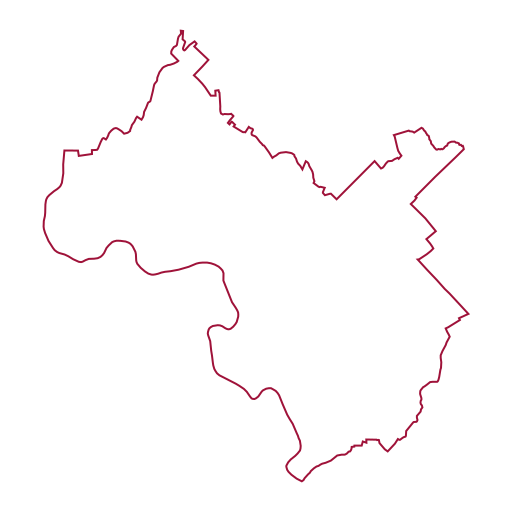 Go Dau, Tây Ninh, Vietnam
{"feature_id": "81297802B39580963826669", "entity_name": "Go Dau", "entity_type": "district", "adm_level": 2, "iso_a3": "VNM", "parent_name": "Vietnam", "parent_adm1": "Tây Ninh", "projection": "orthographic", "projection_center": [106.266, 11.16], "detail": "fine", "context": "isolated", "style": "outline", "palette": "rose", "viewbox_px": 512, "rotation_deg": 0, "n_neighbors": 0, "source": "geoboundaries", "source_scale": "gbopen_adm2", "svg_char_len": 6033}
<svg xmlns="http://www.w3.org/2000/svg" viewBox="0 0 512 512"><path d="M290.8,459.4L288.2,462.3L286.4,465.6L286.3,466.6L286.6,467.8L287.2,469.8L288.5,471.8L291.4,474.7L296.6,478.6L301.8,481.3L303.5,480.1L304.6,478.2L308.1,474.3L309.9,472.7L310.8,471.1L313.9,468.3L316.5,466.5L318.5,465.9L320.4,464.6L322.2,463.7L325.6,462.8L330.9,460.6L337.2,455.5L341.5,454.7L344.3,454.7L345.4,454.4L346.9,453.5L348.6,451.7L350.1,451.4L351.0,450.1L351.5,448.7L351.7,446.9L354.3,446.6L354.4,445.6L361.7,445.6L362.8,441.5L366.4,442.7L366.3,439.5L376.6,439.7L377.0,440.1L378.5,439.9L378.9,440.0L379.5,443.1L384.8,449.3L387.7,451.4L394.9,443.7L397.9,439.0L399.2,439.8L400.0,439.8L402.5,437.9L403.6,437.2L405.5,436.6L405.9,435.8L406.2,431.0L413.2,422.4L413.8,422.0L416.4,421.8L416.9,421.4L417.5,420.0L416.9,417.8L416.9,415.9L420.6,411.6L421.0,409.4L422.4,407.4L421.9,405.4L420.9,404.2L420.5,402.8L420.7,400.9L421.4,399.7L421.4,398.8L421.4,398.1L420.2,394.3L420.1,393.4L420.3,391.0L420.9,389.9L423.2,387.1L424.4,386.5L427.0,384.6L430.1,382.1L432.6,381.8L437.0,381.8L437.4,381.7L438.0,380.9L438.5,379.7L439.2,377.0L440.4,369.7L441.0,367.9L441.3,362.2L440.7,358.0L440.7,355.3L442.5,351.0L445.7,345.1L446.6,342.4L449.7,336.7L448.8,334.7L447.1,331.7L445.7,328.4L448.1,327.3L459.9,320.0L459.0,318.2L468.4,313.9L449.5,293.5L444.7,288.9L436.9,280.1L427.2,269.9L417.7,259.5L419.1,259.3L426.7,254.3L430.7,251.1L433.3,248.5L432.1,246.4L430.1,243.5L426.4,239.1L435.8,231.2L425.3,218.3L410.8,204.0L414.4,200.6L416.6,197.7L415.4,196.7L435.3,176.7L455.7,157.2L463.8,149.2L463.1,146.4L462.8,145.8L461.8,146.0L460.9,144.8L459.6,144.9L459.2,144.7L458.9,143.4L458.5,143.2L457.2,142.7L456.1,142.7L454.6,141.6L451.6,141.7L450.3,142.1L448.3,143.1L447.6,144.1L447.2,145.5L445.7,146.2L444.4,147.4L443.9,148.3L442.6,149.2L442.1,149.3L441.2,148.9L440.2,149.4L438.5,149.0L437.0,149.7L436.2,149.5L434.3,147.5L433.3,145.9L431.2,143.6L430.8,141.2L429.3,139.2L429.3,138.3L428.8,136.1L428.3,135.6L427.2,135.0L426.6,133.7L425.9,132.8L425.3,131.5L424.1,130.5L422.9,128.6L421.5,127.8L414.2,132.6L412.6,131.6L409.5,131.2L408.8,130.6L393.9,135.1L394.7,136.6L397.4,148.0L398.2,150.8L399.8,153.5L401.4,155.7L398.7,158.8L397.7,157.8L394.5,159.2L392.0,160.9L388.3,161.2L387.7,161.6L385.9,163.5L384.0,166.3L382.7,167.7L381.0,168.5L374.6,161.1L336.6,199.3L330.9,193.7L329.8,193.8L324.9,195.2L322.9,192.9L322.9,192.2L324.7,187.8L321.0,186.9L320.4,186.8L319.5,187.1L318.5,186.7L313.6,183.0L314.4,181.2L313.3,177.7L313.1,174.4L312.5,171.9L311.8,170.4L309.3,166.1L308.7,164.1L308.1,163.0L307.2,162.1L305.8,161.2L302.4,169.4L300.3,165.9L298.1,163.6L297.0,161.6L296.0,158.5L294.5,156.3L294.3,155.0L293.9,154.6L291.9,153.3L290.6,152.9L286.0,152.1L280.8,152.7L278.9,153.3L276.3,155.4L273.8,156.8L272.4,157.9L269.0,152.4L264.7,146.4L263.9,145.5L262.8,145.2L262.0,144.0L259.8,141.8L256.6,137.5L255.4,136.4L252.2,135.1L251.7,134.5L251.5,133.1L251.8,132.2L253.0,130.0L252.8,129.2L252.5,128.9L252.0,128.6L250.4,128.2L248.8,126.9L245.3,132.3L244.5,132.1L243.2,132.2L242.6,132.0L233.6,126.5L235.0,124.7L232.1,121.9L231.6,121.7L229.5,124.4L227.9,122.9L229.9,120.2L233.4,116.2L233.4,115.9L231.1,113.8L230.6,114.0L228.2,114.2L224.5,114.0L222.9,114.5L221.0,113.5L220.4,111.4L220.2,109.3L220.3,106.4L219.5,93.1L219.4,92.5L219.0,92.2L218.5,90.2L215.3,90.7L215.6,95.7L210.8,95.7L205.1,87.2L202.4,83.8L197.8,78.9L193.9,75.3L202.4,66.5L208.4,59.9L194.3,46.5L196.4,44.1L196.6,43.6L194.6,41.4L189.4,45.1L185.1,50.0L184.4,50.4L183.9,50.2L183.3,49.6L183.0,48.7L183.1,47.9L185.2,42.0L185.0,41.4L182.6,39.3L183.1,31.0L180.8,30.7L181.1,33.6L178.6,36.7L178.0,38.6L177.0,44.4L176.8,45.1L176.1,45.9L173.8,47.1L172.0,49.8L171.3,51.4L171.2,53.6L178.3,60.9L177.4,61.7L173.9,63.5L170.1,64.8L167.9,65.1L163.9,66.9L162.5,68.0L159.4,72.3L157.3,77.7L157.1,80.4L156.6,81.4L154.7,83.7L154.1,85.0L152.8,91.3L150.4,101.0L150.0,101.5L148.3,102.5L148.0,102.9L146.0,108.1L144.1,111.9L143.7,115.1L143.0,117.2L141.5,119.7L137.1,116.7L136.1,118.0L134.4,121.7L131.9,125.1L131.3,127.2L130.2,129.8L130.1,131.0L127.6,132.8L124.1,133.7L121.6,131.2L118.4,129.1L116.7,128.2L115.4,128.1L113.6,128.7L111.2,130.7L109.2,133.0L108.5,134.4L108.3,135.3L107.0,138.0L105.9,139.5L104.1,138.3L103.4,138.1L102.8,138.4L102.2,139.0L100.7,142.0L98.0,148.6L97.1,149.8L95.4,150.0L91.9,150.1L92.0,154.0L78.8,155.9L78.0,150.6L64.4,150.5L63.2,164.4L63.3,173.3L61.9,182.8L60.6,185.7L59.5,187.1L57.3,189.0L54.0,191.2L49.3,195.1L47.4,197.2L46.3,199.4L45.9,200.9L45.4,204.4L45.2,212.9L44.9,216.1L43.8,221.0L43.6,226.6L43.9,229.0L45.1,233.0L48.5,240.9L53.0,248.0L54.7,250.2L57.1,252.0L59.2,253.0L64.6,254.5L68.4,256.3L73.1,259.2L78.8,261.8L81.1,262.1L82.6,261.7L85.6,260.1L88.8,258.9L94.2,258.7L97.7,258.2L100.5,256.9L102.5,255.1L104.1,253.0L106.5,248.0L108.7,245.4L112.2,242.1L114.1,241.3L116.7,240.7L120.1,240.8L125.6,241.5L128.5,242.6L130.0,243.5L131.2,244.6L132.7,246.4L135.4,251.8L135.9,254.2L136.2,260.4L136.5,261.9L137.3,263.8L140.7,267.8L144.9,271.4L148.3,273.6L151.4,274.6L153.1,274.7L155.3,274.4L158.2,273.7L161.3,272.6L165.0,271.8L170.5,271.2L178.6,269.7L188.7,266.8L196.4,263.6L199.3,262.9L202.6,262.6L207.1,262.6L211.0,263.3L214.8,264.6L218.6,266.6L220.8,268.6L222.5,270.5L223.5,273.2L223.4,280.5L223.9,281.9L232.0,302.2L235.8,307.9L237.2,310.3L238.1,312.4L238.3,314.6L238.2,316.7L236.7,322.0L235.4,324.1L233.2,326.7L230.6,328.8L229.3,329.2L228.2,329.3L226.7,328.9L225.1,328.1L222.4,326.3L220.0,325.4L217.7,325.2L212.8,326.0L210.8,327.1L209.4,328.3L208.7,329.5L208.0,331.9L207.8,333.7L208.2,335.4L210.2,341.1L211.2,350.7L212.0,355.6L212.9,363.0L213.3,365.5L214.3,368.9L215.4,370.9L217.0,373.3L219.4,375.3L235.8,383.7L239.3,385.8L243.9,388.9L246.8,391.8L250.1,396.6L251.5,398.3L252.2,398.7L253.0,398.9L254.5,399.0L256.0,398.3L258.3,396.5L261.7,391.6L262.9,390.4L266.2,388.7L268.9,388.2L271.0,388.2L273.0,389.3L275.7,390.9L277.6,393.0L279.1,395.3L282.7,404.3L287.2,414.7L289.6,418.9L292.7,423.8L296.9,433.6L297.9,435.7L298.7,438.3L299.9,440.7L300.7,445.9L300.5,448.4L300.0,450.5L297.6,453.5L295.2,455.9L290.8,459.4Z" fill="none" stroke="#9f1239" stroke-width="2"/></svg>